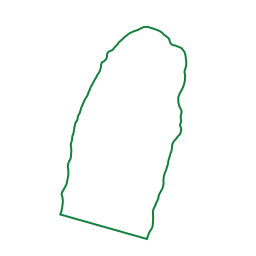 South Ari, Maldives, rotated 194°
{"feature_id": "70690204B29165248779959", "entity_name": "South Ari", "entity_type": "district", "adm_level": 2, "iso_a3": "MDV", "parent_name": "Maldives", "parent_adm1": "", "projection": "equal_earth", "projection_center": [72.841, 3.685], "detail": "fine", "context": "isolated", "style": "outline", "palette": "green", "viewbox_px": 256, "rotation_deg": 194, "n_neighbors": 0, "source": "geoboundaries", "source_scale": "gbopen_adm2", "svg_char_len": 3006}
<svg xmlns="http://www.w3.org/2000/svg" viewBox="0 0 256 256"><g transform="rotate(194 128 128)"><path d="M82.8,24.9L82.7,26.3L82.6,27.6L82.4,29.0L82.3,30.3L82.0,32.2L81.5,33.8L81.1,34.9L80.6,36.7L80.4,38.3L80.5,39.8L80.8,41.1L80.9,42.7L81.5,45.1L81.7,46.2L82.0,47.5L82.4,48.5L82.9,50.4L83.1,51.6L83.6,52.6L83.7,53.6L83.7,54.7L83.6,55.7L83.4,56.8L83.1,58.1L82.8,59.8L82.6,61.6L82.1,64.1L81.8,65.4L81.6,67.2L81.8,69.7L81.6,71.6L81.1,73.4L80.5,75.6L79.9,77.7L79.9,79.4L80.0,81.7L80.2,83.4L80.7,85.0L81.1,86.4L81.4,88.8L81.5,90.8L81.4,93.1L80.8,96.9L80.8,99.6L80.5,102.0L80.7,103.8L80.9,107.0L80.7,109.4L80.7,112.6L80.4,115.1L80.3,116.9L80.5,119.2L80.7,120.4L81.0,121.7L81.0,122.7L80.9,124.1L80.5,125.4L79.9,127.0L78.6,129.4L77.4,132.3L76.0,134.5L75.8,138.7L76.6,141.0L78.1,142.9L78.2,144.8L78.0,147.3L79.1,150.1L79.7,152.1L79.8,153.9L79.8,156.2L80.4,157.9L81.5,159.3L82.9,160.8L84.3,163.2L85.2,164.8L85.9,167.2L86.5,169.1L86.6,170.3L86.3,173.1L85.9,174.9L85.5,176.4L85.1,177.8L84.7,180.1L84.3,182.4L84.2,185.5L84.3,188.2L84.8,190.0L85.4,193.3L86.6,195.6L86.9,197.3L86.7,199.2L86.7,200.7L86.7,202.3L87.1,205.0L88.0,207.6L88.8,209.6L89.4,211.5L90.1,213.0L91.1,214.7L92.3,216.1L93.9,217.3L95.5,218.5L97.4,218.8L99.7,219.1L102.1,219.5L104.6,219.3L106.3,219.9L107.4,220.8L108.4,222.1L109.1,223.6L110.4,225.0L112.3,225.8L114.2,226.7L116.0,227.3L118.3,228.9L120.1,229.5L122.5,230.0L123.7,230.2L125.3,230.3L127.8,230.5L129.8,230.7L131.7,230.7L133.0,231.1L134.3,230.6L135.9,230.1L137.3,229.7L138.5,228.6L140.1,227.4L141.1,226.4L141.9,225.8L143.4,224.7L144.8,223.8L146.1,223.0L147.7,221.7L149.1,220.6L150.4,219.1L151.4,217.8L151.9,217.0L153.1,215.8L154.6,213.4L155.2,212.3L156.0,211.2L156.9,209.9L157.8,208.5L158.4,206.8L158.9,205.8L159.8,204.4L160.8,202.4L161.6,200.4L162.7,199.2L163.8,198.6L164.9,197.7L166.0,196.0L166.1,193.8L165.6,191.8L165.8,189.9L166.9,187.7L167.6,186.7L169.1,185.6L169.4,183.1L169.1,180.8L169.0,178.6L169.2,176.3L169.6,174.4L170.3,172.9L170.8,171.0L171.3,168.7L171.9,167.1L172.3,165.7L172.6,164.0L173.3,161.3L173.9,159.7L174.3,157.1L174.5,155.3L174.9,153.5L175.0,151.6L175.3,149.7L175.6,148.7L176.4,146.4L176.8,144.8L177.2,143.3L177.4,141.6L177.6,140.0L177.9,138.2L178.3,136.3L178.3,134.0L178.5,131.4L178.7,129.6L179.2,128.6L179.4,126.7L179.3,125.5L179.1,123.8L179.4,122.5L179.8,121.8L180.2,120.6L180.2,118.9L180.2,117.0L180.2,115.7L180.0,114.1L179.9,112.9L179.8,111.4L179.6,109.8L179.8,108.6L180.0,107.2L179.9,105.6L179.5,103.3L179.4,101.6L179.6,99.7L179.5,98.0L179.0,96.5L178.3,95.0L177.9,93.8L177.5,92.1L177.2,90.9L176.9,88.4L176.5,86.6L176.3,84.9L176.5,83.5L176.8,82.4L177.2,80.8L177.3,79.0L177.2,76.6L176.7,74.8L175.9,73.1L175.3,71.2L174.8,69.2L174.5,67.8L174.4,65.7L174.3,63.1L174.1,61.4L174.1,59.6L174.2,58.0L174.6,56.2L175.0,54.6L175.6,52.5L176.1,50.9L176.4,49.3L176.4,47.6L175.8,46.7L175.2,45.6L174.6,44.3L174.0,42.7L173.5,41.2L173.1,39.1L172.9,37.3L172.7,35.5L172.5,33.0L172.5,31.1L172.6,29.5L172.8,27.9L172.8,27.7L82.8,24.9Z" fill="none" stroke="#15803d" stroke-width="2"/></g></svg>